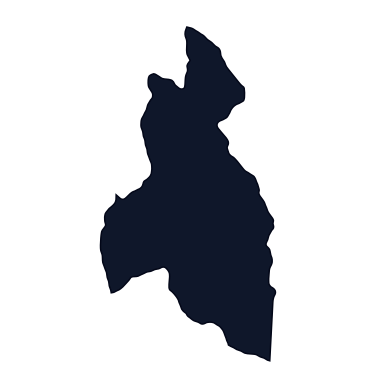 outline of Mella, Independencia, Dominican Republic, rotated 183°
{"feature_id": "3306468B62036034532374", "entity_name": "Mella", "entity_type": "district", "adm_level": 2, "iso_a3": "DOM", "parent_name": "Dominican Republic", "parent_adm1": "Independencia", "projection": "natural_earth1", "projection_center": [-71.428, 18.297], "detail": "fine", "context": "isolated", "style": "filled", "palette": "ink", "viewbox_px": 384, "rotation_deg": 183, "n_neighbors": 0, "source": "geoboundaries", "source_scale": "gbopen_adm2", "svg_char_len": 5560}
<svg xmlns="http://www.w3.org/2000/svg" viewBox="0 0 384 384"><g transform="rotate(183 192 192)"><path d="M188.3,66.8L184.7,64.3L183.6,63.7L182.5,63.3L179.5,62.5L178.4,62.1L176.9,61.3L175.9,60.8L174.7,60.7L173.6,60.9L172.6,61.3L170.6,62.4L169.4,62.7L167.5,63.0L165.6,63.0L164.4,62.8L163.2,62.5L162.1,61.9L160.1,60.7L157.9,59.6L156.8,58.8L155.4,57.3L154.0,55.7L153.3,54.5L152.7,53.3L151.7,50.9L150.4,48.0L149.5,45.5L148.1,42.8L147.6,41.1L145.2,39.9L142.4,38.8L139.2,37.1L134.5,35.7L132.0,34.4L130.8,33.9L129.5,33.7L128.2,33.5L121.4,33.3L119.4,33.0L118.3,32.5L115.7,31.2L114.6,30.8L111.6,30.0L110.5,29.5L107.9,28.1L105.5,27.5L105.5,86.3L105.4,88.6L105.0,90.8L104.6,92.1L103.7,94.2L103.4,95.5L103.4,96.1L103.6,97.4L103.9,98.0L104.5,98.9L105.3,99.7L106.3,100.4L107.8,101.2L108.3,101.5L109.1,102.3L109.9,103.3L110.2,103.8L110.6,105.2L110.8,107.4L110.9,109.6L110.8,115.0L110.7,118.0L110.5,119.4L110.1,120.8L108.9,123.6L108.5,124.9L108.3,126.2L108.4,128.3L108.5,129.0L108.8,130.3L110.0,133.1L111.0,137.0L111.4,138.3L112.0,139.3L112.8,140.2L114.3,141.5L115.0,142.3L115.2,142.8L115.4,144.0L115.2,145.1L113.9,148.4L113.2,151.7L112.8,153.0L110.4,157.9L109.2,159.4L108.8,160.3L108.7,160.9L108.7,162.0L109.3,164.0L109.5,164.9L109.2,167.3L109.2,167.8L109.4,168.4L109.6,169.0L110.3,170.1L113.9,174.5L115.1,176.3L115.7,177.5L116.7,180.0L118.1,182.8L118.8,184.6L119.5,185.9L120.7,187.6L123.9,191.5L124.9,193.2L125.2,194.3L125.3,194.9L125.0,197.2L125.2,198.3L126.8,202.9L128.2,205.7L129.2,208.1L129.8,209.2L130.9,210.7L131.9,211.4L134.5,212.8L137.0,214.3L139.3,215.4L140.3,216.1L141.2,216.9L142.5,218.3L148.4,225.0L150.8,227.4L152.3,228.7L154.4,229.8L155.4,230.5L156.7,231.7L157.4,232.8L157.6,233.4L158.9,236.8L159.2,237.9L159.2,238.9L158.3,241.5L158.2,242.7L158.4,244.0L158.9,245.2L159.6,246.3L160.8,247.9L167.3,254.8L169.1,256.8L169.8,257.8L170.1,258.4L170.3,259.0L170.5,259.7L170.5,260.4L170.5,261.1L170.3,261.7L169.7,262.9L168.9,263.7L168.0,264.4L165.8,265.4L164.8,265.9L161.9,267.7L161.1,268.4L160.4,269.4L158.5,273.1L157.6,275.6L157.0,276.7L156.0,278.3L154.7,279.8L153.8,280.6L152.8,281.4L151.8,282.0L149.6,283.0L146.3,285.1L145.4,285.8L145.1,286.4L144.8,287.5L144.6,288.8L144.6,290.2L144.7,293.9L145.3,298.3L145.6,298.9L145.9,299.4L148.1,301.0L149.5,302.3L150.9,303.8L161.5,315.7L162.8,317.2L164.1,318.8L165.1,320.6L165.9,322.5L166.4,323.6L167.1,324.6L169.0,327.2L169.9,328.9L170.4,330.0L171.0,333.5L171.4,334.7L172.0,335.8L172.7,336.7L173.7,337.5L175.8,338.6L176.8,339.3L180.0,342.2L181.0,342.9L184.2,344.8L185.1,345.5L187.8,348.1L189.3,349.2L191.5,350.3L194.5,352.2L196.7,353.3L198.7,354.5L199.8,355.1L201.2,355.6L205.8,356.5L206.8,353.2L207.1,352.0L207.2,350.6L207.2,349.2L206.8,347.2L205.4,343.7L205.1,342.3L204.9,340.1L204.8,333.3L204.5,331.1L204.2,329.6L203.7,328.5L200.7,323.3L202.0,321.3L202.9,319.8L203.3,318.7L203.5,318.2L203.5,317.1L202.9,314.5L202.8,313.3L202.9,312.1L204.1,308.6L204.5,306.5L204.6,304.2L204.6,299.0L204.7,297.6L204.9,296.3L205.1,295.7L205.5,295.2L206.0,294.8L206.5,294.5L207.6,294.3L208.8,294.3L209.9,294.7L210.9,295.3L214.1,297.7L214.8,298.5L215.7,300.0L216.3,301.0L217.2,301.8L218.1,302.5L218.7,302.7L220.0,303.0L221.3,303.2L225.4,303.4L227.4,303.7L228.6,304.2L231.1,305.7L234.6,307.6L235.6,307.9L236.6,308.0L237.1,307.8L238.1,307.4L239.4,306.7L240.3,306.0L240.7,305.6L241.0,305.0L241.4,303.7L241.6,301.5L241.5,298.5L241.2,296.3L240.8,294.8L240.1,293.6L237.7,290.2L236.9,289.1L236.7,288.5L236.3,287.2L236.3,286.5L236.3,285.2L236.6,284.0L236.8,283.5L238.3,281.5L240.5,277.3L240.9,276.1L241.6,272.8L241.9,271.5L243.5,268.1L244.5,265.6L245.6,263.4L246.1,262.2L246.4,260.8L246.5,259.5L246.5,256.6L246.4,255.2L246.1,253.9L244.6,250.4L244.2,249.1L243.7,246.4L243.4,245.1L242.1,242.2L241.7,241.0L241.1,237.6L240.8,236.3L239.3,232.8L239.0,231.5L238.5,228.8L238.1,227.5L236.6,224.1L235.6,221.7L234.2,218.8L233.8,217.5L233.5,215.3L233.3,213.0L233.4,210.7L233.6,208.4L233.8,207.7L234.3,206.4L234.9,205.3L235.7,204.3L237.4,202.5L238.3,201.8L239.7,200.8L240.5,200.1L241.0,199.0L241.5,196.7L241.9,195.5L242.5,194.4L243.3,193.5L244.2,192.7L244.7,192.4L246.3,191.6L248.8,190.1L251.0,189.1L252.1,188.4L253.6,187.1L257.2,183.2L258.6,181.9L259.7,181.3L260.3,181.1L261.5,181.1L262.1,181.2L262.7,181.5L263.7,182.1L267.6,185.2L267.5,182.1L267.5,180.1L267.8,178.7L268.2,177.4L269.2,175.8L270.4,174.4L271.7,173.1L273.9,171.1L276.7,167.2L277.4,165.9L277.7,164.5L277.9,162.4L277.7,159.6L277.4,157.7L276.7,155.6L276.5,154.5L276.6,153.9L277.1,152.8L279.6,149.0L280.1,147.7L280.3,146.3L280.5,144.1L280.6,141.0L280.6,134.2L280.4,131.2L280.2,129.8L279.9,128.4L278.7,125.5L278.3,124.2L278.1,122.9L277.7,118.7L277.3,116.7L276.8,115.5L275.8,113.2L274.8,110.8L273.2,107.3L272.9,106.0L272.4,103.3L272.1,102.0L270.6,98.5L270.3,97.2L269.7,93.9L269.2,92.6L268.0,89.8L267.4,87.1L265.6,87.5L264.5,87.9L262.0,89.4L259.8,90.5L258.2,91.7L256.2,93.6L253.0,97.4L250.4,100.6L248.8,103.2L248.4,103.6L248.0,103.9L247.4,104.1L246.3,104.4L243.4,104.7L241.6,105.1L240.5,105.7L238.5,106.8L236.3,107.9L233.3,109.6L232.1,110.0L229.7,110.5L228.5,110.9L225.4,112.5L224.2,112.9L221.3,113.6L220.2,114.1L218.3,115.2L217.7,115.4L216.5,115.6L215.9,115.5L215.3,115.4L214.7,115.1L214.2,114.8L213.2,113.9L212.2,112.9L211.4,111.8L210.7,110.6L210.4,109.9L210.1,108.5L209.9,106.2L210.1,98.7L210.0,96.5L209.9,95.1L209.5,93.9L209.2,93.3L208.8,92.9L206.5,91.2L204.6,89.4L202.8,87.4L201.5,85.8L200.7,84.6L200.0,83.5L199.1,81.0L197.7,78.2L196.7,75.8L196.2,74.6L195.4,73.6L194.6,72.7L193.6,71.9L191.3,70.3L190.9,69.3L190.3,68.5L189.6,67.7L188.3,66.8Z" fill="#0f172a" stroke="#020617" stroke-width="1.5"/></g></svg>